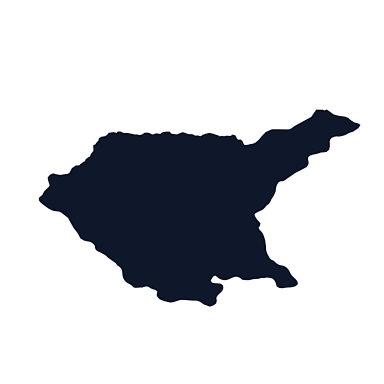 Nova Guarita, Mato Grosso, Brazil (Natural Earth projection), rotated 104°
{"feature_id": "56859067B53302973548403", "entity_name": "Nova Guarita", "entity_type": "district", "adm_level": 2, "iso_a3": "BRA", "parent_name": "Brazil", "parent_adm1": "Mato Grosso", "projection": "natural_earth1", "projection_center": [-55.345, -10.288], "detail": "fine", "context": "isolated", "style": "filled", "palette": "ink", "viewbox_px": 384, "rotation_deg": 104, "n_neighbors": 0, "source": "geoboundaries", "source_scale": "gbopen_adm2", "svg_char_len": 4385}
<svg xmlns="http://www.w3.org/2000/svg" viewBox="0 0 384 384"><g transform="rotate(104 192 192)"><path d="M80.2,81.2L81.5,82.5L81.4,85.3L82.1,88.3L82.7,90.8L90.7,93.8L103.6,107.8L106.9,110.5L108.5,112.8L112.4,129.1L116.5,134.4L118.1,135.3L121.2,137.1L124.8,138.8L126.2,139.6L128.3,141.1L129.8,142.4L131.2,144.5L132.3,147.0L133.2,148.6L134.1,150.8L134.3,153.4L131.1,155.7L130.1,157.5L130.9,159.7L130.2,161.7L128.4,162.9L127.2,164.1L127.3,166.4L129.0,167.6L129.4,169.9L129.8,172.0L130.9,174.2L131.1,176.6L132.1,178.3L131.5,180.3L131.4,182.8L131.1,185.5L131.2,189.4L132.7,192.0L134.4,194.9L136.5,196.6L136.5,199.8L137.3,202.6L136.6,205.6L137.3,208.5L137.4,210.9L137.0,213.2L137.0,215.4L138.6,217.7L140.5,220.1L140.9,223.3L141.2,226.2L139.7,228.5L140.5,231.8L142.0,234.9L144.0,236.3L144.3,238.9L144.7,241.3L146.0,242.7L146.6,244.7L146.0,246.8L145.8,249.0L146.6,251.8L149.0,254.1L150.2,256.6L150.2,259.0L150.8,261.5L150.9,264.8L151.0,268.4L151.4,270.2L152.0,272.1L151.8,274.0L151.4,275.9L151.9,278.1L153.8,279.1L153.6,282.4L155.3,286.5L157.9,287.8L159.6,289.7L161.0,292.9L162.6,294.6L164.7,294.4L167.9,296.1L169.5,296.6L170.9,298.3L173.5,297.5L175.9,296.8L177.6,297.5L179.8,298.6L182.5,298.8L184.2,300.7L186.2,302.3L188.2,302.5L189.8,304.2L192.6,306.6L194.1,307.4L195.1,310.9L197.0,312.4L198.2,313.6L200.4,314.1L203.3,314.8L205.4,316.9L206.0,319.0L206.8,320.9L207.8,322.9L208.2,324.9L208.4,328.7L208.2,330.8L210.0,333.3L212.7,334.7L214.5,334.1L216.5,333.0L219.8,330.9L222.4,331.7L224.7,333.3L227.6,334.9L231.4,335.8L234.7,338.3L236.7,337.9L238.2,336.0L239.7,332.8L240.8,330.2L242.0,327.1L242.6,325.0L243.0,322.7L242.8,319.3L242.4,316.5L242.6,314.5L243.4,312.4L244.3,310.5L245.3,308.1L246.5,305.5L247.9,304.3L249.8,302.6L252.5,300.0L254.6,298.0L256.3,296.0L258.3,293.4L260.5,291.1L263.3,288.7L264.5,285.0L264.4,281.1L264.2,278.7L264.8,276.5L265.7,274.5L267.4,272.5L269.4,271.9L270.9,270.7L271.6,268.8L272.1,266.1L273.2,261.7L274.0,259.4L275.4,257.4L276.2,255.2L277.3,252.4L278.8,248.4L280.7,246.1L281.5,243.8L283.0,241.5L284.9,240.1L287.0,239.4L290.2,238.2L292.0,237.0L293.8,235.2L294.8,233.5L295.9,229.5L296.7,227.3L297.8,225.8L298.0,223.9L296.5,219.5L295.9,217.3L294.2,214.5L293.6,211.9L294.5,209.1L295.0,207.2L295.1,204.1L296.2,201.0L298.8,200.7L300.4,200.6L301.8,199.5L303.2,197.1L303.6,194.9L303.8,192.3L303.8,186.8L303.0,184.3L298.7,177.2L297.7,172.8L296.5,165.1L295.8,162.5L295.5,160.5L295.8,157.5L297.5,153.1L297.8,149.7L298.2,147.2L297.2,145.7L296.0,144.0L294.1,142.4L291.6,142.4L289.8,143.3L287.9,143.5L285.7,142.7L283.8,141.6L281.9,140.3L280.2,139.4L278.2,139.1L275.9,139.7L274.8,141.9L275.1,144.6L275.8,148.1L275.8,151.1L273.9,153.1L271.7,152.8L270.0,152.2L268.0,151.3L266.6,149.5L267.2,147.7L268.6,144.9L269.1,142.1L269.1,140.0L268.5,137.9L267.1,135.5L265.5,133.6L263.8,131.3L262.8,129.0L262.4,126.8L263.2,124.0L264.2,121.8L263.8,118.7L263.0,115.7L262.0,113.6L261.0,111.6L260.3,109.6L259.8,107.9L259.2,106.2L257.8,104.3L257.4,101.6L256.3,99.5L255.9,97.2L255.7,94.9L255.8,92.7L257.0,90.5L258.8,88.7L260.6,87.5L262.4,86.6L263.2,84.2L262.8,81.3L262.0,79.5L260.8,76.3L259.9,73.3L258.8,70.9L257.5,69.0L255.6,67.8L253.6,68.8L252.0,71.0L250.7,73.4L249.2,75.7L247.9,77.1L246.5,78.3L245.0,79.6L243.3,81.9L242.4,84.4L242.3,86.4L242.4,89.0L242.1,91.6L241.1,93.8L239.7,96.3L239.2,99.0L238.0,101.1L235.8,103.1L234.2,104.6L232.0,106.0L230.4,106.8L228.9,107.3L226.9,107.8L224.1,109.0L221.3,110.1L218.8,111.6L217.0,112.8L215.5,114.0L214.2,115.6L213.1,117.6L210.8,119.7L208.2,118.7L206.3,118.7L205.1,120.4L204.0,122.1L202.2,124.3L199.8,126.3L198.2,126.7L196.6,125.7L194.5,123.3L193.0,121.4L191.3,119.5L189.4,118.3L186.8,117.1L184.3,115.0L181.6,114.2L179.6,113.9L177.4,113.1L174.6,112.3L172.9,112.0L171.2,111.8L168.7,112.1L166.4,112.2L164.5,112.1L162.5,111.5L160.8,110.7L159.5,109.1L158.7,106.5L157.0,104.7L155.2,103.3L153.9,102.1L152.5,100.9L150.4,99.0L148.2,97.1L146.6,95.3L144.4,92.7L141.9,90.0L139.5,87.3L136.6,86.5L134.6,87.0L132.7,88.0L130.7,88.5L128.8,87.9L127.6,86.8L126.6,85.3L125.6,83.6L124.2,80.6L122.7,78.1L121.6,76.4L121.0,74.2L119.9,71.6L117.6,70.0L114.8,70.0L111.8,70.7L109.7,71.5L107.0,71.2L104.6,69.6L103.3,67.6L102.4,65.7L101.9,62.9L100.6,60.1L99.4,58.1L98.1,56.5L95.8,53.9L93.8,50.6L91.5,48.6L89.4,46.7L86.6,45.7L86.0,47.5L86.0,51.4L84.6,55.6L83.0,58.8L82.6,61.7L83.3,67.5L83.3,71.2L83.1,73.8L81.1,78.7L80.2,81.2Z" fill="#0f172a" stroke="#020617" stroke-width="1.5"/></g></svg>